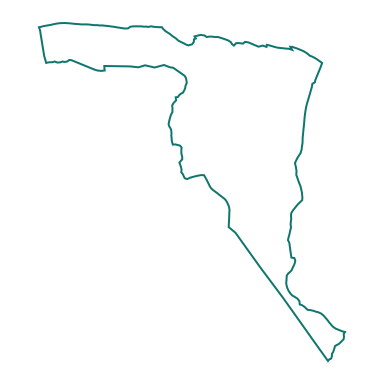 outline of Acaraú, Ceará, Brazil
{"feature_id": "56859067B6920574376771", "entity_name": "Acaraú", "entity_type": "district", "adm_level": 2, "iso_a3": "BRA", "parent_name": "Brazil", "parent_adm1": "Ceará", "projection": "albers", "projection_center": [-40.098, -3.061], "detail": "fine", "context": "isolated", "style": "outline", "palette": "teal", "viewbox_px": 384, "rotation_deg": 0, "n_neighbors": 0, "source": "geoboundaries", "source_scale": "gbopen_adm2", "svg_char_len": 3877}
<svg xmlns="http://www.w3.org/2000/svg" viewBox="0 0 384 384"><path d="M322.1,62.9L319.0,60.8L316.6,59.0L313.7,57.4L312.0,56.5L310.0,55.8L306.7,53.1L303.4,51.1L297.4,48.6L292.4,46.9L290.4,46.8L292.1,49.8L289.1,48.8L286.1,48.6L283.7,48.3L280.4,48.0L277.8,47.7L275.9,47.3L271.5,46.0L269.0,45.3L266.8,44.9L266.5,46.9L262.8,45.6L260.7,46.1L258.7,46.7L255.0,45.2L252.1,44.0L250.3,43.2L248.0,42.3L245.0,41.9L242.9,43.6L239.1,43.1L236.2,43.1L233.9,45.6L232.0,44.1L230.7,42.0L227.7,40.2L220.7,37.8L217.9,37.0L215.8,37.1L211.5,36.6L209.3,36.6L206.6,37.0L204.6,35.5L200.7,34.9L198.0,35.5L194.6,36.4L195.8,38.5L194.0,39.3L193.8,41.9L192.1,44.3L188.4,45.4L186.3,44.7L184.2,43.5L180.8,41.9L178.4,40.7L175.8,38.3L172.7,36.3L170.8,34.7L169.2,33.5L167.4,32.4L165.2,30.9L163.2,29.0L161.9,27.2L159.4,27.2L157.2,27.1L155.0,26.9L153.1,26.7L151.2,26.3L148.6,26.9L146.0,26.6L143.7,26.7L141.0,26.3L138.8,26.3L136.1,26.3L133.4,26.3L130.5,26.7L127.9,28.4L124.5,28.5L116.7,27.3L114.7,26.9L111.3,26.5L109.5,26.2L107.1,25.9L104.5,25.7L102.6,25.4L100.3,25.5L96.5,25.1L93.6,25.1L89.6,24.6L87.2,24.4L83.6,24.4L81.3,24.4L79.4,24.2L76.9,24.0L74.0,23.8L71.5,23.5L68.0,23.2L64.3,23.0L59.7,23.2L56.6,23.6L52.7,24.4L50.7,24.9L45.4,25.8L42.8,26.3L40.8,26.9L39.0,27.2L40.1,30.6L40.9,36.0L41.4,38.8L43.1,49.3L44.2,56.0L46.2,62.9L49.0,62.3L52.6,62.2L54.7,61.5L57.1,62.5L60.0,62.4L62.7,61.5L64.6,62.0L67.2,61.5L69.3,60.0L71.5,60.2L94.2,69.5L97.0,70.4L99.1,70.7L101.4,70.9L104.7,70.5L104.4,68.0L104.3,66.0L130.0,66.4L138.5,67.3L145.0,65.3L154.6,67.5L164.0,65.0L166.6,66.0L170.3,67.4L173.1,67.7L184.4,75.6L185.9,77.9L186.4,80.1L186.8,82.8L185.5,85.9L185.1,88.5L184.2,90.4L183.0,92.6L180.6,93.9L179.2,95.2L177.8,97.0L175.7,97.3L176.1,100.4L173.7,102.8L172.2,105.4L172.5,108.5L172.4,112.2L171.3,114.1L170.5,116.2L169.9,118.3L169.1,121.4L168.6,124.2L169.2,126.3L170.7,128.7L171.3,130.9L171.5,133.6L171.3,135.8L171.6,137.8L171.8,141.0L172.8,144.6L175.4,144.4L177.3,144.9L180.0,145.6L181.6,147.5L181.3,150.4L181.4,153.8L182.2,156.6L182.2,159.4L180.8,160.9L179.4,162.6L180.1,164.5L181.0,167.1L181.6,169.9L181.2,172.2L182.9,174.2L183.7,176.2L184.7,178.2L187.0,179.1L190.7,177.5L195.2,176.3L197.0,175.9L200.9,175.1L204.1,175.2L205.3,177.4L206.6,179.7L207.8,182.2L209.0,184.6L209.9,186.5L211.1,188.3L212.9,189.9L215.1,191.6L217.6,193.4L219.4,194.9L221.0,196.1L222.5,197.3L224.4,198.7L226.1,200.6L227.6,203.4L228.9,206.4L229.5,209.8L229.3,213.5L229.2,216.6L229.1,220.0L228.9,222.9L228.8,225.0L228.7,227.1L235.5,232.8L259.6,266.5L282.5,297.1L290.2,307.9L309.8,335.5L311.4,337.8L328.0,361.0L329.2,359.4L331.1,358.6L331.9,356.2L332.0,353.8L333.3,351.7L334.2,349.0L335.0,346.1L336.8,345.0L338.8,344.0L340.8,342.1L343.6,339.3L344.0,336.7L343.7,334.1L345.0,332.0L342.4,331.4L340.1,330.4L338.1,329.6L335.6,328.6L332.8,326.6L331.0,324.5L329.4,322.7L327.8,320.5L325.6,317.9L323.8,315.8L321.4,313.7L318.4,312.3L316.0,311.7L313.4,310.8L310.3,310.1L307.8,309.9L305.8,308.2L304.5,306.8L301.9,305.1L299.7,304.4L299.4,301.1L297.4,298.6L294.9,297.0L292.3,295.5L290.7,293.9L288.7,291.0L287.4,288.3L286.6,285.5L286.2,283.1L286.5,280.0L286.6,277.7L286.8,275.6L288.1,273.6L289.9,272.0L291.6,270.3L292.6,268.0L293.5,266.1L294.7,263.4L295.3,260.6L294.3,258.0L291.4,257.6L290.4,250.9L290.0,247.7L289.3,242.8L288.0,240.1L288.5,237.6L289.5,234.1L290.0,231.5L291.0,227.5L290.6,224.3L290.9,221.1L291.2,219.2L291.0,214.9L291.4,212.8L293.3,209.9L297.6,204.6L299.0,203.2L302.2,200.1L302.4,197.9L302.2,195.7L302.0,193.2L301.4,190.1L300.4,186.0L298.7,181.8L297.5,178.3L296.3,174.9L296.5,170.9L296.0,167.7L295.0,163.1L296.0,160.8L297.5,157.8L300.6,153.0L301.6,149.5L302.1,145.4L302.5,143.5L302.7,137.0L303.0,134.7L303.3,131.3L304.1,123.6L304.6,117.2L305.2,112.7L305.5,110.7L306.1,107.2L306.9,103.9L307.6,101.6L308.1,99.8L309.0,96.9L310.8,90.6L311.9,86.8L312.4,83.7L314.8,82.4L315.4,79.9L321.0,66.2L322.1,62.9Z" fill="none" stroke="#0f766e" stroke-width="2"/></svg>